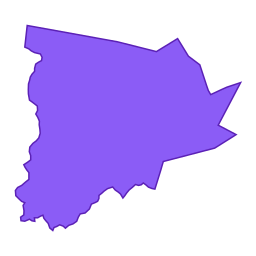 Aquidabã, Sergipe, Brazil
{"feature_id": "56859067B15430987932018", "entity_name": "Aquidabã", "entity_type": "district", "adm_level": 2, "iso_a3": "BRA", "parent_name": "Brazil", "parent_adm1": "Sergipe", "projection": "mercator", "projection_center": [-37.097, -10.269], "detail": "fine", "context": "isolated", "style": "filled", "palette": "violet", "viewbox_px": 256, "rotation_deg": 0, "n_neighbors": 0, "source": "geoboundaries", "source_scale": "gbopen_adm2", "svg_char_len": 1505}
<svg xmlns="http://www.w3.org/2000/svg" viewBox="0 0 256 256"><path d="M226.8,87.2L222.1,89.3L210.7,94.6L208.3,90.5L206.6,85.6L199.8,64.8L188.4,56.2L177.6,38.6L156.4,51.6L117.4,41.8L27.2,25.5L24.8,47.1L28.7,48.8L31.3,50.9L34.6,52.6L40.4,54.0L42.1,57.4L41.5,60.6L38.5,62.2L35.7,64.1L34.6,68.4L34.6,71.3L32.0,74.2L30.3,77.1L29.6,80.4L28.5,83.9L28.3,89.6L28.4,93.9L29.5,100.1L32.0,101.9L37.3,106.0L37.6,110.4L35.8,114.0L37.8,117.4L39.4,121.2L39.2,124.8L39.9,129.3L40.2,133.3L38.8,137.9L36.2,140.9L32.9,143.4L29.8,147.1L29.3,151.7L30.7,155.6L30.7,159.9L27.2,162.5L23.8,164.7L25.1,167.4L27.1,170.4L28.9,172.6L28.9,175.9L28.9,179.4L25.6,182.0L21.7,185.4L17.6,187.5L15.4,190.5L15.8,195.7L19.3,199.2L21.7,201.4L24.8,202.7L23.1,205.4L24.0,210.8L23.8,214.9L20.6,217.2L21.0,220.7L24.8,221.2L29.5,219.2L31.9,220.8L34.8,221.3L34.4,217.8L37.7,217.8L40.2,216.3L42.9,215.2L43.9,218.3L45.7,220.6L48.2,223.4L49.8,228.0L52.8,230.5L54.0,227.5L56.7,226.5L59.7,224.8L63.3,226.2L65.4,228.2L68.8,225.3L73.0,223.9L76.7,221.3L78.3,217.1L80.2,213.9L85.1,213.0L89.4,209.0L91.4,204.1L95.1,202.6L97.6,201.3L98.9,198.6L99.0,195.4L101.8,193.2L104.2,191.0L107.6,188.6L112.7,187.0L115.2,190.0L118.4,192.2L120.5,194.0L122.9,198.0L124.7,195.8L126.7,192.9L129.2,189.9L132.3,187.4L135.5,184.5L138.5,185.4L141.2,184.8L143.3,183.0L145.7,184.7L148.4,187.1L151.9,188.5L154.9,189.1L160.9,169.7L161.9,166.2L163.3,161.5L214.7,148.1L233.0,136.6L236.1,134.6L218.2,125.2L240.6,82.6L226.8,87.2Z" fill="#8b5cf6" stroke="#5b21b6" stroke-width="1.5"/></svg>